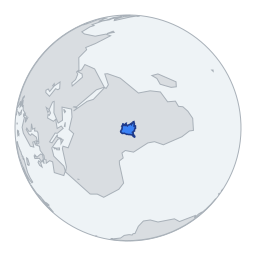 globe centered on Équateur, rotated 268°
{"feature_id": "COD-1461", "entity_name": "Équateur", "entity_type": "Province", "adm_level": 1, "iso_a3": "COD", "parent_name": "Democratic Republic of the Congo", "parent_adm1": "", "projection": "orthographic", "projection_center": [21.263, 1.316], "detail": "fine", "context": "on_globe", "style": "filled", "palette": "blue", "viewbox_px": 256, "rotation_deg": 268, "n_neighbors": 0, "source": "natural_earth", "source_scale": "10m", "svg_char_len": 9281}
<svg xmlns="http://www.w3.org/2000/svg" viewBox="0 0 256 256"><g transform="rotate(268 128 128)"><circle cx="128" cy="128" r="113" fill="#eef3f6" stroke="#a8b0b8"/><path d="M74.5,28.9L73.5,29.4L69.9,31.5L68.7,32.3L72.4,30.2L66.0,34.4L62.4,38.1L60.7,39.4L56.8,41.7L56.0,41.5L52.0,44.9L59.0,38.9L66.6,33.6L74.5,28.9ZM51.5,45.3L54.6,42.8L50.3,46.8L49.8,47.5L50.2,47.4L52.0,45.9L50.6,47.4L46.5,50.5L47.7,49.2L49.0,48.1L48.6,48.2L46.3,50.5L51.5,45.3ZM17.5,105.9L17.3,107.4L18.1,107.4L17.7,108.8L18.3,116.8L20.8,120.5L21.4,125.4L20.9,128.4L22.2,129.4L22.3,131.3L29.4,134.9L34.5,140.1L35.3,147.0L33.0,154.7L35.6,171.2L32.7,176.2L35.0,182.8L38.2,192.2L36.0,191.2L39.9,196.0L41.3,198.8L40.8,198.8L43.5,202.1L43.2,202.1L45.4,204.3L49.1,208.4L52.9,211.9L54.4,213.3L48.6,207.9L43.2,202.1L38.2,196.0L33.6,189.5L29.5,182.7L25.9,175.6L22.8,168.3L20.2,160.8L18.2,153.1L16.7,145.4L15.8,137.5L15.4,129.6L15.5,121.6L16.3,113.7L17.5,105.9ZM61.3,218.7L63.0,220.0L63.8,220.6L61.3,218.7ZM59.0,216.8L58.4,215.9L59.2,216.5L59.9,217.2L59.0,216.8ZM232.7,86.4L232.9,86.9L233.6,88.9L232.5,86.4L233.5,90.2L237.5,101.9L238.2,105.3L238.7,111.4L238.3,108.9L235.5,102.4L236.7,110.5L238.9,117.5L239.8,125.8L238.8,123.0L237.8,115.8L236.8,113.3L235.8,106.2L232.5,95.8L231.5,97.6L230.4,93.5L225.7,85.2L223.5,87.7L220.9,98.4L222.6,109.1L220.8,113.8L213.6,98.5L209.9,88.5L207.7,89.4L200.1,81.3L187.8,81.0L185.8,78.5L183.6,79.7L178.2,77.3L175.0,73.4L171.9,73.7L180.3,84.2L183.6,84.0L186.0,79.8L187.8,83.7L192.9,87.1L188.2,96.7L169.6,105.7L167.3,97.8L151.0,77.3L151.2,75.0L151.2,74.7L150.9,74.3L149.9,78.0L146.9,74.2L156.1,88.1L157.8,94.4L169.3,106.2L168.3,107.5L171.9,109.9L182.8,106.7L183.0,109.4L178.1,122.0L162.6,139.6L164.4,151.4L162.9,161.6L152.8,168.5L153.2,176.3L147.9,179.2L147.3,183.6L142.7,188.4L135.4,193.0L123.3,193.3L122.9,189.3L117.4,181.6L110.0,162.8L113.4,154.0L112.4,147.3L103.7,132.7L105.6,124.5L103.2,121.1L98.2,122.1L95.4,118.2L92.3,118.2L73.1,121.7L67.1,116.7L59.6,101.3L63.0,95.0L63.3,87.9L86.2,64.1L91.4,65.1L109.8,61.7L112.1,62.4L110.3,67.5L124.3,73.5L128.5,69.1L140.9,72.4L148.9,72.2L151.2,62.8L138.0,62.8L135.4,58.4L145.8,54.5L157.2,55.1L156.6,53.5L149.1,49.8L151.4,47.0L146.4,48.4L148.7,50.0L145.6,51.1L143.4,49.7L144.3,48.6L140.8,48.0L137.3,53.7L139.2,56.0L130.0,57.2L132.3,61.3L129.9,63.2L125.2,57.2L125.5,55.0L116.9,49.1L115.8,51.5L123.8,57.3L121.4,56.9L120.0,60.7L119.2,57.5L110.7,51.1L102.4,52.9L92.1,62.6L87.1,63.8L82.7,62.2L86.0,52.8L96.8,51.5L98.1,48.6L95.6,45.0L99.1,45.0L99.3,43.6L103.4,43.1L108.7,39.4L112.8,38.9L114.5,34.8L116.9,34.1L115.1,36.7L116.1,38.4L126.2,37.9L128.0,37.0L128.3,34.5L131.1,34.9L130.1,32.6L135.7,31.7L128.1,31.0L128.2,28.7L131.4,26.9L130.1,26.2L124.9,29.1L124.1,30.4L125.6,31.7L122.1,36.0L118.7,36.8L117.2,32.3L112.2,33.2L113.2,29.8L126.6,23.2L132.4,22.2L142.6,24.9L141.5,26.1L137.2,25.6L141.5,28.0L141.0,26.9L143.2,27.4L144.0,25.7L145.6,26.0L143.5,24.0L145.6,24.3L146.9,25.5L149.8,23.8L154.1,24.1L153.9,23.6L152.6,23.0L158.9,24.2L158.5,23.8L156.3,23.2L154.1,22.1L152.7,20.8L154.9,21.3L155.7,21.8L160.8,23.9L162.7,25.5L163.4,25.6L162.4,24.3L156.2,21.8L154.7,20.9L157.8,21.9L156.6,21.4L156.5,21.2L158.6,21.5L155.3,20.3L151.8,18.0L155.5,18.8L158.7,19.7L166.3,22.1L173.6,25.0L180.8,28.5L187.6,32.4L194.2,36.9L200.5,41.8L206.4,47.1L211.9,52.8L217.0,58.9L221.6,65.3L225.8,72.1L229.5,79.1L232.7,86.4ZM78.8,75.6L78.2,77.7L78.8,75.6ZM169.8,61.1L176.4,61.7L172.7,56.0L174.9,55.8L172.8,54.1L172.4,55.6L167.2,51.0L169.8,49.6L168.6,47.3L166.3,47.1L162.4,50.6L169.8,57.0L168.7,59.2L169.8,61.1ZM18.2,107.3L18.1,108.6L17.9,108.6L18.2,107.3ZM21.2,92.3L21.2,92.9L20.9,93.4L21.2,92.3ZM21.4,91.6L21.3,92.1L21.1,92.6L21.4,91.6ZM50.6,46.6L50.8,46.4L50.9,46.6L50.1,47.2L50.6,46.6ZM55.9,44.1L53.6,46.6L54.7,45.1L53.1,46.2L53.5,44.7L59.8,40.1L56.9,42.3L55.9,44.1ZM55.8,41.9L54.8,43.1L55.6,42.0L55.8,41.9ZM96.9,36.9L98.4,37.6L97.0,39.3L91.9,40.8L93.9,38.3L96.9,36.9ZM100.8,38.3L100.7,33.9L103.9,33.1L102.1,34.2L104.3,34.1L102.0,36.0L105.1,39.9L104.1,41.7L95.2,43.0L98.7,41.4L97.0,40.7L100.8,38.3ZM94.8,27.3L94.8,26.2L101.7,25.6L100.9,26.7L95.7,28.1L93.6,27.6L94.8,27.3ZM91.9,21.3L88.0,22.8L87.1,23.1L84.1,24.6L80.6,26.0L82.7,24.9L77.7,27.4L78.2,27.0L75.1,28.7L78.2,27.0L91.9,21.3ZM118.4,16.5L115.8,16.6L118.6,17.0L115.3,17.4L115.8,17.4L113.6,17.9L111.8,18.7L110.3,18.9L110.2,19.2L108.7,19.6L108.1,20.1L105.2,20.7L104.2,21.4L103.4,21.2L102.6,22.4L101.8,21.8L99.8,22.6L101.6,22.7L87.1,26.1L81.5,28.5L77.3,30.9L76.6,30.1L80.2,27.4L85.8,24.5L91.2,22.5L89.9,22.7L92.2,21.9L92.2,22.1L93.4,21.3L95.3,20.7L100.3,19.1L100.9,18.7L102.7,18.2L103.4,18.1L104.7,17.8L107.3,17.3L108.7,17.1L112.6,16.5L113.1,16.7L114.6,16.4L117.6,16.2L118.4,16.5ZM114.3,16.2L114.8,16.2L113.7,16.4L107.9,17.2L114.3,16.2ZM114.6,60.5L116.4,60.6L119.1,60.3L118.3,62.9L114.6,60.5ZM108.7,56.1L110.3,55.7L110.5,58.8L108.6,58.8L108.7,56.1ZM111.1,53.0L110.4,55.5L109.6,54.1L111.1,53.0ZM116.6,36.3L118.3,35.9L118.5,36.5L117.6,37.5L116.6,36.3ZM126.1,18.9L124.8,18.7L125.3,18.5L124.2,17.7L126.6,17.5L128.1,18.0L126.1,18.9ZM149.1,64.4L146.8,66.2L145.6,65.3L146.6,64.9L149.1,64.4ZM131.9,64.4L135.9,65.5L131.6,65.1L131.9,64.4ZM128.5,18.6L127.8,18.3L129.4,18.5L128.5,18.6ZM128.2,17.4L130.1,17.5L126.7,17.4L128.2,17.4ZM183.0,213.7L183.0,215.0L181.6,215.1L183.0,213.7ZM181.0,159.8L172.5,177.6L167.5,177.7L167.1,172.5L170.6,161.7L176.5,158.6L179.6,153.7L181.0,159.8ZM239.5,143.7L239.5,143.4L239.2,141.7L239.6,139.8L239.9,140.7L239.9,141.0L239.5,143.7ZM239.5,139.7L238.8,133.9L235.8,118.0L236.9,118.3L239.7,128.1L239.6,129.8L240.0,134.2L239.5,139.7ZM240.5,134.3L240.5,133.8L240.5,127.3L240.5,124.1L240.6,124.4L240.6,124.1L240.5,134.3ZM223.0,110.1L225.3,116.6L224.1,117.6L223.0,110.1ZM234.7,92.0L234.7,92.4L234.2,90.8L233.8,89.4L234.7,92.0ZM147.6,19.0L146.4,20.1L147.2,21.3L150.0,22.4L145.5,21.6L144.4,19.7L147.6,19.0ZM151.1,18.0L148.6,17.4L149.9,17.6L150.7,17.8L151.1,18.0ZM149.4,17.7L145.7,17.1L144.5,16.8L147.6,17.3L149.4,17.7ZM137.2,17.2L136.7,17.5L135.4,17.3L137.2,17.2Z" fill="#d9dde1" stroke="#a8b0b8" stroke-width="1"/><path d="M120.4,132.4L120.8,131.9L121.1,131.7L121.1,131.3L121.0,131.1L121.1,130.6L121.3,130.1L121.5,129.9L121.5,129.6L121.4,129.5L121.4,129.4L121.4,129.1L121.3,128.9L121.4,128.7L121.4,128.4L121.5,128.3L121.5,128.2L121.6,127.9L121.7,127.5L121.7,126.9L121.8,126.8L121.7,126.7L121.8,126.5L121.7,126.3L121.8,126.1L122.0,125.9L122.1,125.7L122.4,125.2L122.5,124.9L122.6,124.6L122.8,124.4L122.9,124.1L122.8,123.8L122.8,123.3L122.8,123.0L122.8,122.9L122.9,122.6L122.8,122.4L122.7,122.2L122.8,122.0L123.0,122.0L123.1,121.9L123.2,121.6L123.3,121.6L123.4,121.4L123.5,121.3L123.6,121.2L123.8,120.9L124.0,120.9L124.0,120.7L124.3,120.6L124.6,120.5L124.8,120.5L125.0,120.5L125.3,120.8L125.5,120.8L125.9,121.0L126.0,121.1L126.3,121.3L126.4,121.5L126.7,121.9L126.9,121.9L127.0,121.9L127.4,121.9L127.6,121.9L127.7,122.1L127.8,122.1L128.0,122.1L128.3,122.2L128.5,122.2L128.8,122.1L129.0,122.2L129.2,122.3L129.3,122.3L129.4,122.2L129.6,122.3L129.9,122.4L130.0,122.5L130.3,122.5L130.3,122.4L130.4,122.5L130.5,122.5L130.8,122.7L130.9,122.8L131.0,122.9L131.1,123.0L131.4,123.0L131.4,122.9L131.5,123.0L131.5,122.9L131.8,122.9L131.8,123.0L132.1,123.1L132.3,123.1L132.3,123.3L132.2,123.4L132.1,123.5L132.0,123.4L131.9,123.4L131.7,123.4L131.5,123.6L131.4,123.6L131.1,123.7L130.8,123.8L130.7,123.9L130.7,124.0L130.9,124.1L131.0,124.2L131.0,124.3L131.0,124.6L131.3,124.4L131.5,124.4L131.6,124.5L131.4,124.9L131.4,125.0L131.3,125.3L131.5,125.6L132.0,125.6L132.2,125.8L132.5,125.9L132.6,126.0L132.7,126.3L132.4,126.2L132.1,126.2L131.9,126.3L131.7,126.4L131.6,126.5L131.5,126.4L131.4,126.3L131.2,126.5L130.9,126.6L130.7,126.5L130.6,126.4L130.6,126.5L130.5,126.9L130.4,127.2L130.4,127.3L130.1,127.5L130.3,127.7L130.5,127.8L130.8,128.2L130.9,128.3L131.0,128.5L131.1,128.8L131.1,129.0L131.2,129.3L131.3,129.4L131.3,129.6L131.4,129.8L131.6,130.1L131.7,130.3L131.9,130.5L132.2,131.0L131.9,131.2L131.7,131.1L131.4,131.4L131.8,131.4L131.9,131.5L132.0,131.5L132.3,131.4L132.4,131.5L132.5,131.7L132.6,131.8L132.4,131.9L132.1,132.1L132.2,132.3L132.5,132.5L132.8,132.7L132.9,132.8L133.1,132.9L133.3,133.2L133.5,133.3L133.9,133.3L134.0,133.3L134.1,133.6L134.2,134.1L133.5,134.0L133.4,134.0L133.0,134.1L132.9,134.3L132.8,134.5L132.7,134.5L131.9,134.6L131.7,134.4L131.4,134.4L131.2,134.3L131.1,134.2L130.9,134.2L130.7,134.1L130.5,134.4L130.4,134.4L130.1,134.4L129.8,134.3L129.9,134.6L129.9,134.9L130.0,135.3L129.9,135.4L129.8,135.2L129.7,135.1L129.4,135.3L129.3,135.5L129.1,135.5L128.8,135.4L128.7,135.3L128.6,135.2L128.4,135.2L128.4,135.4L128.3,135.5L128.0,135.5L127.8,135.5L127.5,135.5L127.5,135.3L127.5,135.2L126.9,134.6L126.6,134.6L126.4,134.7L126.2,134.6L125.9,134.4L125.7,134.4L125.4,134.4L125.2,134.0L125.0,133.9L124.9,133.9L124.7,134.1L124.5,133.7L124.3,133.4L124.2,133.2L124.0,132.9L123.7,132.5L123.7,132.4L123.6,132.2L123.4,132.2L123.3,132.3L123.2,132.3L123.2,132.6L123.3,132.8L123.2,133.0L122.9,133.0L122.7,133.1L122.3,132.9L122.0,132.8L121.9,132.8L121.8,133.0L121.7,133.1L121.5,133.3L121.4,133.3L121.1,133.4L121.0,133.5L120.8,133.5L120.7,133.6L120.0,134.0L119.8,134.1L119.6,134.1L119.3,134.1L119.4,134.3L119.4,134.5L118.9,134.5L118.8,134.3L118.7,134.2L118.9,134.0L118.9,133.8L119.0,133.6L119.3,133.1L119.5,133.0L119.6,132.8L119.7,132.7L119.8,132.7L120.0,132.6L120.3,132.5L120.4,132.4Z" fill="#3b82f6" stroke="#1e3a8a" stroke-width="1.5"/></g></svg>